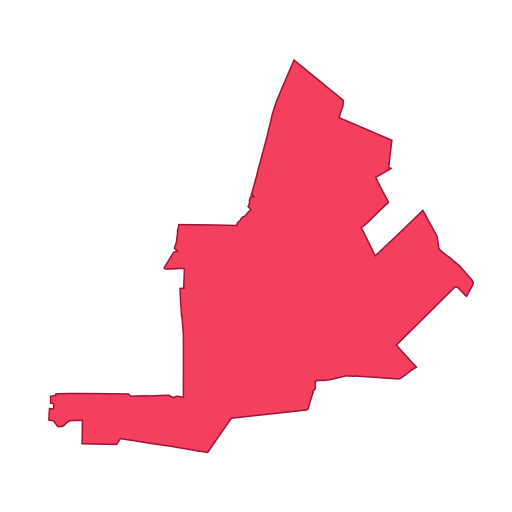 Vulturu, Constanta, Romania (Albers equal-area conic projection), rotated 177°
{"feature_id": "2599482B75754291666061", "entity_name": "Vulturu", "entity_type": "district", "adm_level": 2, "iso_a3": "ROU", "parent_name": "Romania", "parent_adm1": "Constanta", "projection": "albers", "projection_center": [28.28, 44.64], "detail": "fine", "context": "isolated", "style": "filled", "palette": "rose", "viewbox_px": 512, "rotation_deg": 177, "n_neighbors": 0, "source": "geoboundaries", "source_scale": "gbopen_adm2", "svg_char_len": 5246}
<svg xmlns="http://www.w3.org/2000/svg" viewBox="0 0 512 512"><g transform="rotate(177 256 256)"><path d="M52.0,234.1L52.4,234.7L53.0,235.4L55.6,237.7L60.0,241.8L62.2,243.9L62.5,244.3L65.2,246.3L69.4,250.0L69.6,250.2L70.6,251.1L71.0,251.5L71.4,251.9L71.8,252.4L72.0,252.6L72.2,252.8L72.3,253.0L72.5,253.3L72.6,253.5L72.8,254.0L73.0,254.5L73.1,255.5L73.5,259.1L73.8,262.9L74.0,264.2L74.1,265.3L74.2,265.9L74.2,266.1L74.3,266.3L74.3,266.5L74.5,266.9L74.6,267.2L74.8,267.6L75.1,268.2L75.4,268.8L75.7,269.4L76.0,270.0L76.3,270.6L76.6,271.3L77.6,273.3L78.5,275.3L79.0,276.4L79.6,277.5L81.7,281.8L83.1,284.7L83.4,285.3L83.6,285.9L83.9,286.5L84.1,287.0L84.4,287.6L84.6,288.1L87.0,292.8L91.7,288.7L99.1,282.3L108.4,274.2L114.9,268.6L115.6,267.9L121.9,262.7L129.0,256.6L136.8,250.1L137.0,250.0L138.0,252.3L138.9,254.4L139.8,256.5L140.7,258.7L141.6,260.8L142.1,262.1L149.1,278.1L149.2,278.3L149.2,278.6L149.2,278.9L149.2,279.0L148.9,279.3L147.9,279.9L147.0,280.5L146.2,281.1L145.3,281.6L144.5,282.3L143.7,282.9L142.9,283.5L142.1,284.2L131.9,293.2L129.9,295.0L127.6,296.9L121.0,302.5L120.9,302.6L120.9,302.9L124.1,309.8L128.6,319.5L128.8,320.0L130.6,324.1L132.3,328.3L116.0,336.6L116.6,336.6L117.0,336.7L117.5,336.8L118.1,336.9L118.3,336.9L118.5,337.0L118.8,337.1L118.9,337.3L116.6,350.9L114.3,364.4L114.2,364.4L114.2,364.5L114.5,364.6L116.0,365.3L119.9,367.3L125.0,369.8L132.0,373.2L139.0,376.7L150.8,382.4L157.1,385.5L165.2,389.5L165.7,389.7L165.8,389.8L165.9,390.0L165.7,390.2L165.5,390.3L165.4,390.4L165.4,390.6L164.6,392.8L164.2,394.0L164.0,394.8L163.9,394.9L162.3,399.1L162.2,399.3L162.1,399.5L161.9,399.7L161.8,399.9L161.7,400.1L161.6,400.3L161.6,400.5L161.5,400.8L161.1,402.8L161.0,403.7L160.8,404.7L160.7,405.7L160.6,406.6L160.6,406.8L166.5,412.2L174.2,419.1L177.2,421.8L183.2,427.4L188.8,432.4L196.0,439.0L202.8,445.1L207.8,449.7L213.5,438.1L215.7,433.7L221.8,421.2L225.3,413.9L227.7,408.9L228.2,407.6L230.2,402.4L232.3,396.7L234.1,390.4L236.8,381.5L239.1,373.5L240.3,369.8L243.5,360.1L245.8,353.0L246.2,351.7L246.6,350.3L246.9,349.3L248.7,344.3L249.6,341.4L251.5,335.0L252.8,331.4L253.3,329.7L255.8,322.1L257.5,317.6L257.2,317.6L256.6,317.3L256.4,317.1L256.0,316.8L255.9,316.6L255.8,316.0L255.5,315.8L255.2,315.5L255.1,315.2L255.3,315.0L255.5,315.0L255.8,315.1L256.4,315.8L256.6,316.0L257.1,316.0L257.6,315.8L258.1,315.4L258.7,314.8L259.8,311.4L259.5,309.6L261.2,306.0L261.3,305.7L261.2,305.5L258.4,302.4L258.5,302.3L259.4,301.6L260.4,301.2L261.1,300.7L263.1,298.3L265.3,296.2L266.8,295.8L267.7,295.3L268.8,294.4L269.0,294.1L269.1,293.3L272.3,290.3L273.0,290.0L273.2,287.5L277.0,287.7L287.1,288.5L292.4,288.9L292.5,288.9L293.9,289.0L304.3,289.7L315.7,290.4L319.8,290.7L331.5,291.4L331.7,289.5L332.3,287.8L332.3,287.6L333.1,285.4L333.1,283.4L334.1,277.9L334.6,274.4L337.1,268.0L334.6,265.5L334.2,265.0L338.2,263.9L346.6,251.5L348.0,249.5L348.4,248.9L348.1,248.5L347.8,248.2L347.5,248.0L347.3,247.9L347.1,247.8L346.7,247.7L346.4,247.6L345.8,247.6L340.2,247.5L331.6,247.5L329.7,247.5L329.1,247.3L328.8,247.1L328.6,246.9L328.4,246.6L328.3,246.2L328.2,245.9L328.3,245.4L328.6,242.4L329.0,237.4L329.5,232.5L329.8,229.2L329.8,228.6L329.5,228.1L329.3,227.7L329.9,227.6L333.5,227.6L333.6,223.0L333.6,221.6L333.7,216.6L333.7,212.8L333.5,207.7L333.6,204.2L333.5,199.9L333.2,199.9L332.7,186.1L332.7,180.8L332.9,175.4L334.2,150.4L334.2,150.2L335.4,128.3L335.9,118.9L336.5,118.9L337.8,119.1L338.3,119.2L339.1,119.4L339.9,119.6L342.1,120.0L342.9,120.1L343.4,119.9L343.9,119.6L344.2,119.5L344.7,119.3L344.8,118.9L345.2,119.1L345.7,118.7L345.8,118.9L346.1,119.1L346.5,119.3L346.8,119.5L347.5,119.8L348.1,120.1L348.7,120.5L349.7,121.2L350.2,121.4L350.9,121.5L354.8,121.7L360.3,121.7L362.7,121.7L365.2,121.7L369.8,121.8L374.3,122.2L380.4,122.4L387.9,122.5L389.0,123.0L389.5,123.6L390.6,124.9L402.7,125.7L414.0,126.4L425.3,127.1L439.1,127.9L448.0,128.4L463.0,128.9L463.1,127.4L465.8,127.0L468.5,126.7L468.8,119.9L465.7,119.0L466.2,113.8L470.2,114.5L470.2,114.4L470.9,108.7L471.1,106.4L471.2,105.0L471.4,103.6L471.4,103.0L470.8,102.8L470.0,102.7L469.9,102.6L468.9,102.4L466.9,102.0L465.8,100.4L463.1,96.5L461.8,95.8L458.5,95.9L456.7,96.7L453.7,99.7L450.3,101.3L438.0,101.0L438.4,95.3L438.3,95.1L439.5,77.6L408.1,75.3L405.0,75.2L401.0,80.7L391.4,78.7L387.9,78.1L381.0,76.5L379.4,76.2L374.5,75.1L372.9,74.7L357.6,71.7L349.4,70.1L342.8,68.5L342.1,68.4L324.6,64.4L316.2,62.7L315.5,62.6L314.8,62.4L314.6,62.3L311.4,66.4L307.2,71.9L307.2,72.0L301.6,79.1L296.1,86.3L292.1,91.4L292.0,91.5L289.5,94.8L289.3,94.7L289.2,94.8L288.7,95.3L275.1,96.1L250.1,97.5L217.7,99.4L216.1,99.3L213.5,99.6L212.3,100.1L212.0,100.7L208.9,109.5L206.9,114.9L206.0,116.9L206.6,117.5L206.6,117.8L206.4,118.0L205.2,119.0L204.0,120.0L203.8,120.2L203.6,122.7L203.2,127.7L201.5,128.4L192.4,128.2L191.0,128.6L188.3,128.6L185.5,129.1L172.3,131.6L164.5,130.7L162.6,131.0L162.1,130.8L155.6,130.0L145.4,128.9L128.5,126.8L121.0,125.9L119.8,125.8L118.9,125.9L118.4,126.0L117.9,126.4L112.7,129.7L107.1,133.6L101.6,136.7L108.4,144.7L108.4,144.8L114.8,152.6L118.0,156.6L120.4,159.7L120.3,159.8L112.2,167.1L58.6,214.9L56.0,213.8L48.2,204.8L47.7,204.9L44.6,210.0L41.4,215.2L40.8,216.5L40.6,217.5L40.6,218.9L41.8,221.0L48.0,228.8L52.1,234.0L52.0,234.1Z" fill="#f43f5e" stroke="#9f1239" stroke-width="1.5"/></g></svg>